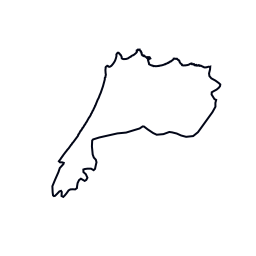 Piriápolis, Maldonado, Uruguay (Mercator projection), rotated 130°
{"feature_id": "84410073B95190776679231", "entity_name": "Piriápolis", "entity_type": "district", "adm_level": 2, "iso_a3": "URY", "parent_name": "Uruguay", "parent_adm1": "Maldonado", "projection": "mercator", "projection_center": [-55.248, -34.845], "detail": "fine", "context": "isolated", "style": "outline", "palette": "ink", "viewbox_px": 256, "rotation_deg": 130, "n_neighbors": 0, "source": "geoboundaries", "source_scale": "gbopen_adm2", "svg_char_len": 5261}
<svg xmlns="http://www.w3.org/2000/svg" viewBox="0 0 256 256"><g transform="rotate(130 128 128)"><path d="M28.2,104.4L28.6,104.6L29.1,105.5L29.5,105.9L30.3,106.3L30.7,106.7L31.2,107.1L31.5,107.2L32.0,107.9L32.4,108.3L32.6,108.6L32.6,108.9L32.9,109.9L32.9,110.2L33.1,110.5L33.2,111.4L33.4,111.8L33.4,112.1L33.9,112.6L33.9,112.9L33.9,113.0L34.1,113.0L34.3,113.1L34.5,113.2L34.6,113.4L34.6,113.6L34.4,114.3L34.5,114.4L34.6,114.5L34.8,114.7L35.2,114.7L35.7,115.0L36.0,115.4L36.2,115.7L36.1,115.9L36.2,116.1L35.9,116.4L36.1,116.6L36.5,116.5L36.9,116.9L37.2,117.5L37.1,117.9L36.8,117.9L36.6,118.3L36.7,118.7L37.0,118.8L37.2,119.0L37.5,119.5L38.0,119.8L38.1,120.1L38.1,120.6L37.9,120.8L38.1,120.9L38.2,121.2L39.3,121.8L39.7,121.9L40.5,122.2L41.0,122.5L41.3,122.8L41.7,123.0L42.4,123.7L42.9,124.0L43.3,124.6L44.2,125.4L44.8,126.3L44.9,126.5L45.1,126.8L45.1,127.1L44.7,127.4L44.6,128.0L44.8,129.1L44.1,131.3L43.7,131.5L43.4,132.8L43.7,133.7L43.5,134.5L43.5,135.1L44.0,135.4L44.2,135.9L44.5,136.1L44.6,136.3L45.0,137.0L45.1,137.7L44.8,138.1L45.7,137.4L46.2,137.3L49.2,137.9L49.7,138.0L49.9,138.2L49.9,138.4L50.2,138.5L50.9,138.6L52.1,138.9L52.8,139.3L52.7,139.4L53.3,139.6L54.0,139.9L54.2,140.0L54.8,140.3L55.4,140.5L55.6,140.7L55.5,140.8L56.4,141.2L56.9,141.5L57.7,142.0L58.1,142.3L58.9,142.9L59.4,143.4L59.5,143.5L60.5,144.1L61.3,144.9L61.2,144.9L61.9,145.5L62.4,146.0L62.8,146.4L63.0,146.7L63.0,146.8L63.7,147.7L64.0,148.0L63.9,148.1L64.4,148.9L64.6,149.4L64.5,149.5L65.0,150.4L65.6,152.8L64.9,153.7L64.7,153.8L64.6,154.1L64.3,154.6L63.2,156.2L61.3,156.1L61.2,156.1L62.4,156.3L62.3,156.7L62.2,156.7L62.2,157.4L62.3,157.4L62.2,158.4L61.7,158.6L61.4,158.4L60.9,157.8L60.4,157.3L60.1,157.0L60.1,156.9L60.4,156.0L60.5,155.8L60.6,155.7L60.4,155.6L60.2,156.1L60.0,156.7L59.9,157.0L60.0,157.2L60.9,158.3L61.0,158.5L61.3,158.7L61.4,158.8L62.0,159.2L62.1,159.3L62.1,160.5L62.2,161.0L62.4,161.3L62.6,161.6L62.7,161.8L62.8,162.1L62.7,162.5L62.3,162.6L62.4,162.9L62.6,163.1L63.0,163.1L63.1,163.3L62.9,163.6L62.9,163.9L63.0,164.1L63.0,164.3L63.0,164.5L62.7,164.7L62.5,165.0L62.4,165.2L62.2,165.4L62.2,165.5L61.9,165.6L61.8,165.9L61.6,166.0L61.4,166.5L61.3,166.9L61.2,167.0L61.4,167.2L61.4,167.3L61.2,167.5L61.1,167.9L60.8,168.2L60.8,168.5L60.8,169.1L60.5,169.5L60.8,169.7L61.0,169.9L61.0,170.1L61.2,170.3L61.4,170.3L61.4,170.5L61.5,170.8L62.0,170.9L62.5,170.8L62.7,170.6L62.8,170.6L63.0,170.9L63.1,171.1L63.3,171.0L63.7,170.6L64.0,170.4L64.1,170.1L65.2,170.0L65.5,170.1L66.5,170.2L66.8,170.3L67.0,170.3L68.1,170.5L68.4,170.7L69.2,170.9L69.5,171.2L69.8,171.3L70.5,171.6L70.8,171.7L71.1,171.7L71.3,171.6L71.7,171.8L71.8,171.8L72.1,171.9L72.4,172.1L72.9,172.3L74.5,172.7L74.9,172.9L75.5,173.3L76.2,173.7L77.0,174.5L77.5,175.0L77.7,175.3L78.1,175.7L78.3,176.1L78.6,176.8L78.6,177.2L78.6,177.6L78.3,178.0L77.9,178.3L77.6,178.6L77.0,179.9L77.0,180.4L76.7,180.7L76.8,181.1L76.6,181.5L76.7,182.3L76.5,182.6L76.6,182.8L76.4,183.6L77.0,184.3L77.9,184.3L79.1,184.2L79.7,183.6L80.0,183.4L80.3,183.1L80.6,182.9L81.1,182.7L82.1,182.2L83.6,181.6L85.2,181.1L86.5,180.9L88.2,180.7L89.6,180.7L91.0,180.7L91.9,181.0L92.7,181.3L93.2,181.7L93.5,182.4L93.4,183.4L93.7,183.9L94.3,183.9L95.0,184.2L95.7,184.2L96.3,183.9L96.8,183.4L98.1,182.6L98.7,182.0L100.5,180.3L100.8,179.9L101.2,179.4L101.8,179.0L102.8,178.5L103.7,177.9L104.4,178.0L104.9,177.7L105.7,177.0L107.6,176.1L112.1,174.0L118.6,171.5L121.0,170.8L123.2,170.0L124.6,169.6L125.5,169.5L129.2,168.3L131.9,167.4L132.2,167.5L133.0,167.1L135.2,166.6L137.1,166.0L137.6,166.1L139.9,165.4L140.8,165.4L141.7,165.0L143.2,164.7L144.7,164.5L145.1,164.6L145.9,164.4L148.1,164.0L149.8,163.6L150.8,163.6L152.5,163.3L152.8,163.1L153.6,163.2L154.3,163.2L154.7,163.0L156.6,162.7L157.1,162.9L157.3,162.8L157.6,162.7L157.8,162.7L158.4,162.6L158.7,162.5L159.2,162.4L159.4,162.4L159.6,162.5L160.1,162.4L160.4,162.3L160.7,162.4L161.0,162.5L161.4,162.3L161.6,162.3L161.9,162.3L162.9,162.0L164.3,161.8L164.9,161.9L165.2,161.8L165.5,161.5L166.2,161.3L174.4,160.8L174.7,160.8L175.0,160.9L175.4,160.9L175.7,160.9L175.9,160.9L176.1,160.8L176.9,160.6L177.7,160.8L178.0,160.7L181.7,160.4L182.4,160.4L183.1,160.5L183.9,160.4L184.3,160.5L185.6,160.3L186.0,160.4L190.2,160.2L191.7,160.0L192.1,160.1L193.0,159.9L194.2,159.9L195.1,159.7L197.9,159.6L198.0,158.0L196.7,156.5L196.0,154.8L197.1,154.3L202.5,154.5L206.6,152.9L214.2,150.7L221.2,148.5L225.8,144.3L227.8,142.1L227.8,141.0L226.9,140.3L224.0,140.0L220.7,139.8L219.2,138.9L219.6,137.6L222.8,135.2L222.4,133.3L220.5,133.1L217.6,133.1L214.0,133.4L212.1,132.7L210.4,130.9L209.0,129.0L206.9,128.5L205.3,129.6L202.6,131.2L199.4,132.0L197.1,131.5L196.4,127.2L194.6,126.6L192.2,127.1L190.5,130.6L190.4,133.8L188.5,135.5L187.3,134.8L185.2,132.9L182.9,130.2L182.4,127.2L180.5,127.0L177.1,128.8L174.5,130.1L173.0,132.2L172.6,135.2L171.0,138.0L165.3,143.8L160.6,147.4L159.2,147.4L153.7,143.9L138.9,132.6L132.7,126.5L126.1,122.2L120.9,118.8L117.4,117.8L116.6,116.7L116.4,112.1L115.7,105.5L114.7,101.7L109.9,96.9L104.5,93.8L103.0,91.4L100.9,87.1L99.6,82.5L97.4,77.8L92.3,72.9L86.3,71.7L61.6,73.5L55.5,74.7L52.6,77.2L49.8,78.5L50.3,80.3L48.6,85.5L46.8,86.8L44.6,86.0L41.6,84.8L38.7,84.3L36.8,84.4L35.3,85.3L35.2,87.5L35.5,91.6L36.4,96.1L35.9,99.0L34.1,101.0L30.4,102.8L28.2,104.4Z" fill="none" stroke="#020617" stroke-width="2"/></g></svg>